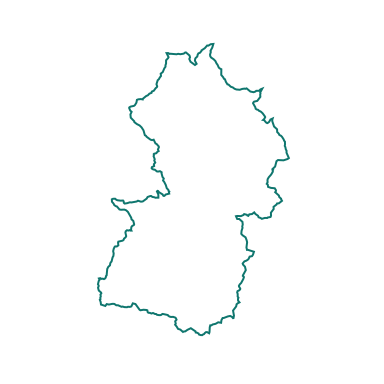 Huaraz, Áncash, Peru (Robinson projection), rotated 117°
{"feature_id": "86281439B31428964114351", "entity_name": "Huaraz", "entity_type": "district", "adm_level": 2, "iso_a3": "PER", "parent_name": "Peru", "parent_adm1": "Áncash", "projection": "robinson", "projection_center": [-77.639, -9.574], "detail": "fine", "context": "isolated", "style": "outline", "palette": "teal", "viewbox_px": 384, "rotation_deg": 117, "n_neighbors": 0, "source": "geoboundaries", "source_scale": "gbopen_adm2", "svg_char_len": 6055}
<svg xmlns="http://www.w3.org/2000/svg" viewBox="0 0 384 384"><g transform="rotate(117 192 192)"><path d="M234.9,260.1L237.0,258.9L238.0,256.5L238.9,255.4L239.2,253.5L239.0,252.3L240.5,248.7L240.0,247.1L238.4,244.3L238.2,242.4L238.8,240.1L242.5,234.5L243.8,233.5L244.4,231.2L247.0,228.9L247.8,228.8L249.5,229.9L250.8,230.1L253.5,229.1L253.9,228.5L254.3,229.2L254.3,230.3L255.1,230.9L255.6,232.6L257.1,233.2L258.4,232.9L261.2,230.6L262.5,230.6L264.4,231.4L265.6,231.2L266.8,231.7L269.7,235.1L270.7,234.9L273.0,233.4L274.7,234.3L275.2,235.5L275.7,236.0L277.9,236.0L280.5,235.4L282.3,233.9L284.7,233.0L286.2,233.1L290.5,232.1L291.8,232.5L292.7,232.4L294.6,231.8L296.7,232.6L299.0,232.6L305.1,230.2L306.0,230.5L307.0,230.1L308.3,230.1L309.6,230.9L309.7,232.1L310.5,233.2L310.4,234.6L311.3,235.7L312.2,234.5L313.7,234.7L316.9,233.9L317.7,232.7L318.7,232.3L319.6,232.4L320.5,231.8L322.1,230.3L322.9,227.3L323.4,226.8L325.0,227.0L326.4,225.9L327.9,225.7L329.1,224.9L329.9,225.2L331.4,223.5L333.6,222.0L332.9,217.5L330.6,217.1L330.0,214.9L327.9,212.3L327.2,211.0L327.0,210.3L327.3,208.1L326.5,206.5L326.3,202.7L325.6,201.9L325.2,199.8L324.1,197.5L323.3,196.9L322.6,195.2L321.5,194.1L318.1,194.2L317.5,191.5L320.7,185.3L320.8,184.3L318.9,181.7L317.8,179.0L317.7,178.1L319.1,177.0L319.4,176.1L318.8,174.6L318.7,173.0L317.5,171.8L317.5,169.6L317.0,168.5L317.3,167.5L316.8,165.8L316.1,164.3L315.4,163.6L314.1,163.0L313.7,161.9L312.6,157.7L313.0,157.1L313.2,155.6L312.9,154.0L311.8,152.1L311.5,149.8L311.8,149.0L312.8,147.8L314.8,148.3L316.7,146.7L317.9,146.8L318.9,144.5L320.3,142.3L319.9,139.9L320.8,136.5L320.2,136.2L319.2,134.7L316.9,133.5L313.9,131.2L314.6,125.6L315.5,124.9L315.1,123.7L315.1,121.9L315.8,121.1L315.6,119.5L314.9,117.9L313.9,117.5L313.2,116.8L311.7,116.5L310.5,115.9L310.0,114.9L310.1,112.6L308.9,112.8L304.4,114.8L302.5,115.2L302.0,114.1L300.7,113.5L298.7,111.1L296.2,109.5L295.3,106.7L292.8,107.6L290.4,107.5L289.8,106.5L286.5,103.5L285.1,101.7L285.1,99.7L285.8,98.2L285.5,97.8L283.1,98.5L279.0,101.6L273.9,100.7L271.8,101.3L270.3,100.7L268.8,99.6L267.9,101.6L266.4,102.5L265.1,102.6L264.5,103.8L262.1,105.0L260.9,106.2L259.6,106.4L258.2,105.3L256.9,104.9L256.1,105.2L254.9,107.2L254.3,107.6L252.6,107.5L250.8,106.9L246.2,106.8L244.3,107.1L243.9,107.5L243.7,108.6L243.2,108.8L237.2,108.6L234.5,110.9L233.5,113.6L232.7,114.4L230.0,113.8L228.5,112.4L226.9,111.5L225.9,111.2L223.4,111.3L221.9,109.4L220.2,109.2L217.1,109.7L218.2,116.1L218.6,116.7L216.7,118.3L211.7,120.1L210.2,121.4L208.1,123.7L207.6,127.3L206.9,129.1L204.1,130.2L201.0,130.7L199.9,131.6L198.0,132.0L195.7,133.5L194.6,137.6L195.5,139.5L193.6,141.8L192.8,140.8L191.3,137.5L189.1,135.7L188.0,135.5L187.4,132.8L187.8,132.0L187.7,131.0L185.9,130.8L184.4,128.5L181.9,127.3L182.8,125.5L183.2,122.4L184.3,121.2L184.0,119.1L184.2,117.6L182.1,115.4L181.0,113.2L180.4,113.0L178.6,110.7L177.3,110.8L174.6,112.3L170.1,111.5L168.2,112.6L164.8,111.0L163.6,111.0L162.7,109.5L159.0,107.8L158.1,109.2L157.5,109.6L156.9,111.9L155.7,113.0L154.4,117.8L153.4,117.6L152.3,118.0L151.1,120.0L152.5,123.5L152.9,126.5L151.0,127.9L150.8,129.1L148.8,129.1L147.9,129.8L146.3,130.4L144.1,130.3L140.5,129.4L137.2,129.2L136.3,129.9L135.4,129.8L135.1,130.7L131.6,129.5L126.2,130.7L124.5,129.9L122.2,124.8L119.2,121.8L117.8,121.1L114.1,125.6L112.3,126.5L111.4,127.8L109.6,129.2L108.8,130.3L107.4,130.7L104.9,132.1L104.5,133.2L103.6,134.1L102.0,136.8L101.5,138.2L101.5,140.1L100.6,141.2L99.9,143.3L97.5,144.7L96.4,148.6L92.5,152.6L91.1,153.3L89.9,153.5L91.8,155.0L94.5,155.1L96.3,156.0L96.5,156.3L96.4,157.7L95.2,160.4L95.5,161.3L94.1,160.8L92.0,160.8L91.5,161.5L89.8,164.8L89.2,166.9L89.1,167.8L89.3,168.8L88.8,170.4L89.1,171.9L88.9,173.1L87.8,174.0L85.2,177.9L84.5,178.0L83.3,177.7L81.2,175.2L76.2,174.3L74.2,175.5L73.1,175.7L72.4,176.4L68.0,176.3L69.5,177.6L71.4,178.2L72.7,180.7L73.7,181.1L75.1,182.4L76.0,185.6L74.9,190.4L75.9,191.4L76.0,192.1L77.4,194.1L79.2,195.8L80.5,199.0L80.7,201.0L80.3,203.1L80.6,205.2L79.7,208.3L80.0,209.3L78.4,211.9L76.6,213.8L76.6,215.0L75.7,216.1L74.4,219.1L69.3,221.6L69.3,223.6L68.9,224.7L66.9,227.2L66.4,228.4L64.7,230.6L63.9,233.0L63.5,236.1L62.7,237.4L61.4,238.3L58.7,238.8L57.9,239.6L54.1,239.5L50.4,240.2L51.9,242.5L54.1,243.8L54.6,245.0L58.1,245.9L61.5,247.8L62.2,247.6L64.5,248.2L65.5,249.2L67.0,249.3L68.9,248.8L71.0,249.6L71.9,249.6L73.7,249.0L75.7,246.1L77.5,247.0L76.6,252.5L74.7,254.8L72.9,254.9L71.5,256.2L70.4,260.8L70.8,261.4L72.5,262.2L74.5,264.9L75.2,267.1L76.3,268.3L78.7,274.2L79.1,274.5L79.0,276.3L79.8,277.7L82.5,274.1L83.6,274.1L86.4,274.9L89.4,273.4L91.1,273.2L92.4,272.5L94.4,272.8L98.4,272.5L100.8,273.6L102.7,272.3L104.8,272.7L106.4,272.7L108.0,273.3L111.6,272.7L112.2,272.5L113.6,271.0L114.6,270.9L115.9,271.5L119.1,272.0L120.8,273.4L122.1,273.1L123.7,274.6L125.8,275.2L127.3,276.4L131.2,278.1L131.9,277.9L132.4,279.7L133.8,281.9L134.9,282.9L137.6,282.1L140.5,282.3L141.7,282.9L143.7,285.4L144.9,286.2L145.6,286.2L147.5,284.0L148.0,282.2L150.8,282.1L153.6,280.3L155.2,275.6L155.9,275.1L156.0,274.6L156.5,271.9L156.5,268.9L157.3,266.3L159.1,263.2L162.8,259.8L162.8,258.6L163.4,257.5L164.2,252.7L163.9,251.1L162.8,249.9L165.3,246.6L165.3,245.3L166.5,242.3L167.2,241.8L169.5,241.7L170.7,240.3L171.9,241.1L173.6,241.4L175.2,243.2L175.6,243.3L176.6,242.6L177.5,242.5L179.7,240.1L181.1,239.9L182.5,238.1L184.5,238.6L186.1,237.5L188.0,239.0L189.1,238.8L189.4,238.3L189.5,236.7L189.0,235.3L189.6,232.6L189.2,231.5L188.0,230.0L188.2,228.0L189.2,227.6L192.0,225.1L192.8,223.3L194.9,223.0L195.6,221.4L197.7,218.5L200.1,216.2L200.8,214.1L201.8,213.2L201.9,212.4L203.3,212.2L203.8,211.6L206.2,214.3L207.9,214.8L208.3,215.3L208.3,216.0L207.5,217.1L207.2,221.1L206.5,222.7L206.6,223.2L207.4,223.5L209.6,220.8L212.3,219.4L213.7,222.0L213.8,223.3L214.4,225.1L214.1,226.4L214.5,227.3L216.6,229.3L218.5,229.4L222.8,231.6L223.8,233.1L224.3,236.2L225.6,237.0L228.8,241.2L229.4,242.7L231.4,244.7L232.9,246.8L232.6,247.8L231.3,248.7L230.9,249.6L232.1,251.6L233.2,254.7L233.3,255.8L232.9,257.5L233.9,259.3L234.9,260.1Z" fill="none" stroke="#0f766e" stroke-width="2"/></g></svg>